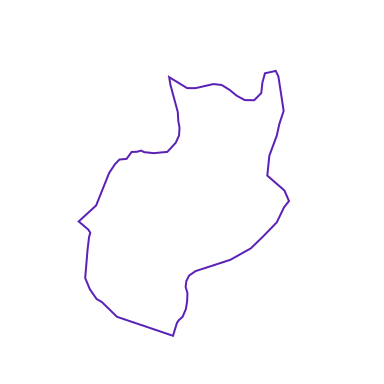 outline of Krško, rotated 203°
{"feature_id": "SVN-958", "entity_name": "Krško", "entity_type": "Statistical Region", "adm_level": 1, "iso_a3": "SVN", "parent_name": "Slovenia", "parent_adm1": "", "projection": "robinson", "projection_center": [15.476, 45.922], "detail": "fine", "context": "isolated", "style": "outline", "palette": "violet", "viewbox_px": 384, "rotation_deg": 203, "n_neighbors": 0, "source": "natural_earth", "source_scale": "10m", "svg_char_len": 956}
<svg xmlns="http://www.w3.org/2000/svg" viewBox="0 0 384 384"><g transform="rotate(203 192 192)"><path d="M257.9,288.8L237.0,285.7L229.3,289.0L214.5,299.7L206.6,302.1L197.4,300.7L188.4,298.1L179.4,297.2L170.6,300.8L166.9,310.1L170.0,320.4L171.2,329.8L162.2,336.2L161.9,335.9L157.6,332.1L139.3,302.4L138.2,288.9L136.0,277.1L135.0,255.7L129.1,236.5L107.5,229.5L99.2,221.6L101.3,213.9L102.1,197.2L109.1,179.1L115.9,163.0L130.2,144.6L157.8,120.6L162.0,114.0L162.4,107.8L160.8,102.2L156.6,97.0L153.7,89.2L151.9,81.9L151.9,73.4L154.1,68.8L154.7,65.4L153.3,52.2L212.3,47.8L232.0,55.5L238.0,56.2L248.2,62.7L256.7,71.1L265.5,97.8L269.1,110.1L269.7,114.7L272.8,116.9L284.8,120.6L275.0,142.1L275.7,177.1L273.8,187.4L271.5,193.5L265.2,196.9L263.2,205.3L258.4,207.5L255.0,210.2L251.5,210.0L242.2,212.9L230.4,219.3L226.2,231.0L226.0,238.9L228.5,246.1L232.5,252.3L236.3,260.0L253.8,282.3L257.7,288.5L257.9,288.8Z" fill="none" stroke="#5b21b6" stroke-width="2"/></g></svg>